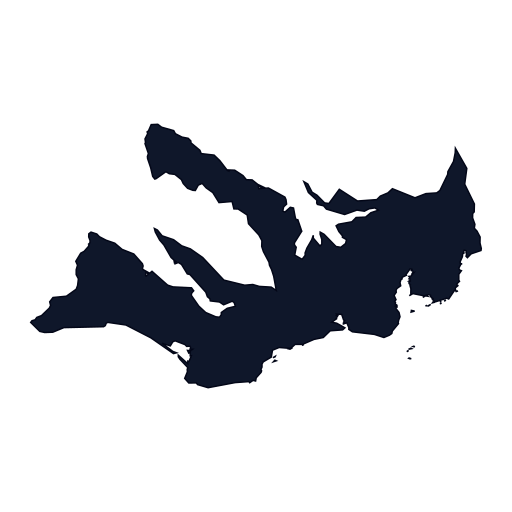 the district of Vesturbyggð, Vestfirðir, Iceland
{"feature_id": "244011B84482513465742", "entity_name": "Vesturbyggð", "entity_type": "district", "adm_level": 2, "iso_a3": "ISL", "parent_name": "Iceland", "parent_adm1": "Vestfirðir", "projection": "orthographic", "projection_center": [-23.535, 65.593], "detail": "fine", "context": "isolated", "style": "filled", "palette": "ink", "viewbox_px": 512, "rotation_deg": 0, "n_neighbors": 0, "source": "geoboundaries", "source_scale": "gbopen_adm2", "svg_char_len": 6105}
<svg xmlns="http://www.w3.org/2000/svg" viewBox="0 0 512 512"><path d="M303.9,181.7L308.4,192.5L316.9,200.3L316.7,203.0L317.4,204.4L323.6,205.8L326.4,209.1L344.6,214.5L356.9,210.1L364.4,211.2L369.0,208.8L374.9,207.9L378.5,210.2L370.9,212.7L365.6,217.1L356.1,217.5L351.9,221.8L338.5,224.2L336.1,225.8L338.9,231.6L342.5,235.9L342.4,237.3L346.5,239.6L345.6,243.5L340.8,247.3L336.0,246.5L324.1,234.3L320.2,232.1L320.1,234.1L321.8,239.5L321.8,244.1L320.0,246.0L313.3,238.1L313.3,235.3L311.7,239.8L306.9,248.1L305.1,252.9L305.2,255.3L302.1,259.3L294.7,255.1L296.2,247.2L294.5,245.0L294.4,242.9L301.8,231.1L301.1,230.6L301.2,229.6L297.8,219.7L296.2,219.7L295.3,217.6L293.5,208.0L290.3,207.3L284.9,212.1L282.7,211.0L283.7,206.8L286.6,204.1L286.0,199.6L284.9,197.1L268.4,188.0L258.7,188.7L258.3,185.8L262.6,188.2L264.5,187.6L257.8,184.4L252.1,179.9L246.4,179.7L243.0,175.6L234.7,170.2L227.5,169.9L229.7,171.5L227.4,170.5L219.8,160.6L214.1,155.1L201.2,153.6L199.9,150.3L191.0,142.9L190.8,140.9L188.2,138.3L182.0,137.1L175.4,133.7L173.7,130.6L161.6,127.2L157.8,124.3L151.2,124.6L148.5,130.8L147.1,131.9L147.7,133.6L145.0,138.9L145.5,142.5L145.0,143.6L148.4,153.5L147.4,156.5L147.6,158.6L150.7,167.8L152.7,176.4L154.8,179.1L156.2,178.6L165.9,171.7L169.3,173.7L174.9,174.4L181.4,179.6L183.2,183.5L187.6,188.3L192.8,190.3L195.3,190.5L198.3,185.1L202.2,183.4L206.2,187.9L212.8,192.6L219.0,202.6L232.1,201.5L233.9,208.9L238.1,209.0L247.2,215.0L248.5,223.7L258.8,234.9L261.9,240.7L261.7,246.4L263.4,251.6L269.0,262.2L269.5,265.3L271.5,269.4L273.7,276.3L276.3,290.5L271.2,287.1L259.3,286.4L252.8,284.5L244.7,285.2L223.9,280.1L202.7,257.5L190.4,248.9L181.7,245.8L173.6,239.7L162.1,235.8L157.4,230.0L154.4,228.5L155.3,232.0L159.6,240.0L163.9,245.0L171.1,257.5L173.9,260.0L174.6,263.6L174.7,260.7L176.0,261.5L175.0,262.4L175.1,263.8L178.3,262.5L181.5,264.4L187.3,273.9L189.9,274.5L205.8,292.2L207.4,296.7L209.9,298.8L210.3,300.9L219.5,302.0L223.6,304.8L232.2,301.2L234.1,302.5L235.4,306.3L227.2,308.3L221.3,312.5L221.3,314.7L219.5,317.2L215.8,316.8L205.7,312.5L198.8,306.1L191.6,295.8L191.3,294.8L191.8,292.9L193.7,290.8L191.5,287.8L173.0,286.9L167.6,285.1L152.0,271.3L146.1,276.1L145.6,275.4L145.8,272.4L147.9,273.6L148.9,272.8L142.8,269.4L142.5,268.2L143.1,266.0L142.4,263.7L133.8,254.0L122.1,249.4L114.8,243.2L106.1,240.2L99.4,236.7L96.8,234.0L91.0,232.1L88.8,233.8L88.7,236.9L90.1,240.7L89.9,242.9L88.6,244.1L89.1,244.7L88.4,246.5L84.2,251.3L80.7,253.2L75.8,261.3L77.5,265.2L76.2,269.7L76.2,274.6L78.4,278.8L77.6,285.5L76.2,289.2L66.4,296.2L53.0,297.5L49.7,301.8L50.6,305.5L49.3,308.1L41.5,315.6L36.8,317.4L35.1,319.8L32.0,320.7L30.7,322.4L39.8,331.4L44.7,332.5L52.8,332.2L63.9,327.6L103.6,326.7L105.3,325.6L106.3,323.0L108.0,322.4L125.9,325.0L150.8,337.8L173.5,353.6L176.5,352.8L172.8,351.4L162.0,343.2L170.3,345.9L172.8,341.8L175.1,340.8L185.0,344.6L186.7,346.4L190.0,346.2L190.6,347.3L190.1,349.1L192.7,349.2L190.8,350.7L187.5,350.4L188.8,353.1L190.2,352.3L190.2,355.8L191.4,355.7L189.0,361.4L187.8,361.1L187.8,363.7L178.3,355.2L178.3,356.8L179.9,359.2L187.8,367.6L187.2,369.4L187.4,371.8L184.7,378.4L188.8,383.0L196.3,382.9L197.6,384.6L208.1,387.7L235.1,382.6L248.9,381.6L249.7,382.7L253.0,380.4L255.6,381.0L256.2,377.8L261.1,372.3L261.6,370.8L260.9,369.5L262.0,367.1L262.0,364.1L263.2,361.9L271.3,357.1L272.5,350.2L279.1,347.5L290.7,348.4L295.1,344.4L302.4,344.4L314.0,339.4L323.3,337.5L330.2,330.8L342.6,329.9L344.9,327.8L336.7,323.2L331.7,322.2L336.5,318.8L336.1,318.4L337.8,315.7L336.6,315.5L337.3,314.9L336.6,314.1L341.7,314.4L343.6,320.0L344.7,320.5L343.6,322.2L344.9,322.9L342.7,324.2L346.8,322.8L348.9,327.7L348.8,329.4L352.4,331.8L374.4,334.4L383.9,337.5L389.4,335.2L391.8,333.5L392.3,331.1L398.5,323.6L398.1,322.9L398.7,320.0L400.0,316.8L399.0,312.4L395.9,308.5L396.3,307.0L397.7,307.1L395.4,306.1L396.9,305.2L395.2,303.9L395.5,302.4L394.6,301.3L396.0,299.7L394.1,295.4L396.3,292.2L396.0,290.7L396.8,288.6L400.7,285.8L400.0,282.6L401.0,279.5L402.1,278.9L402.0,277.4L406.3,275.3L405.9,274.7L410.1,268.8L411.9,269.3L410.9,271.0L412.1,270.2L413.2,271.9L412.4,273.2L413.8,272.7L411.0,276.1L408.9,276.4L409.9,277.4L409.0,278.8L410.0,279.0L410.0,280.4L408.9,281.1L410.0,281.3L409.0,282.4L409.1,283.6L410.4,284.8L410.0,285.5L410.9,288.8L410.8,293.4L411.4,294.0L409.3,295.7L412.9,293.6L424.0,295.8L428.7,294.6L430.6,295.3L430.5,296.5L432.6,298.4L431.7,299.2L433.0,298.8L433.0,300.0L435.5,301.8L446.7,298.2L448.7,299.0L454.2,290.8L455.9,290.5L455.2,289.1L455.5,287.7L458.4,285.3L456.9,285.8L457.3,285.1L456.7,284.0L459.5,281.3L458.8,280.2L458.8,274.3L461.4,270.7L459.6,270.0L458.8,268.2L460.9,264.2L462.1,263.8L460.3,263.5L460.1,261.9L462.4,256.7L462.7,253.8L463.8,253.1L463.2,253.0L464.2,250.2L466.1,250.7L466.5,254.7L466.0,256.2L467.4,257.7L471.2,253.8L481.0,250.5L481.3,248.5L480.0,243.0L480.1,237.0L477.0,231.1L474.3,228.2L474.9,224.3L472.6,217.9L472.7,213.5L474.2,211.9L474.4,204.0L464.7,184.2L466.8,168.4L455.4,148.3L455.2,152.8L453.5,161.5L447.9,171.6L447.7,174.4L439.9,190.5L436.7,192.9L425.9,193.6L415.0,197.8L392.4,188.7L387.9,192.9L380.3,196.1L376.8,199.6L357.5,201.0L339.3,189.3L328.9,203.5L324.6,202.9L317.0,195.2L312.1,192.2L307.8,184.0L303.9,181.7ZM414.6,311.1L411.4,310.4L411.1,312.1L414.6,311.1ZM273.5,361.7L276.2,360.8L274.8,360.2L273.5,361.7ZM428.6,305.9L430.7,304.4L427.4,306.2L428.6,305.9ZM434.9,302.2L433.1,301.9L432.5,302.8L434.9,302.2ZM411.0,348.2L408.5,349.3L411.7,348.6L411.0,348.2ZM406.8,351.6L407.9,351.2L408.4,350.4L406.8,351.6ZM290.0,349.2L292.5,347.7L289.2,349.0L290.0,349.2ZM272.9,357.7L275.1,356.8L275.3,356.3L272.9,357.7ZM411.2,358.7L409.1,358.0L408.7,358.3L409.9,358.8L411.2,358.7ZM427.6,296.2L426.7,295.5L426.3,296.0L427.6,296.2ZM301.9,345.4L303.4,344.8L303.7,344.5L301.9,345.4ZM414.7,347.0L413.9,346.2L413.1,346.5L414.7,347.0ZM422.8,297.4L425.1,296.1L425.4,295.7L422.8,297.4ZM444.0,301.1L445.3,300.6L445.8,300.1L444.0,301.1ZM455.5,291.8L457.5,291.1L457.8,290.8L455.5,291.8ZM426.4,305.8L426.9,305.2L425.5,306.0L426.4,305.8ZM439.9,303.7L440.7,303.6L441.5,303.1L439.9,303.7ZM439.8,301.9L440.9,301.6L441.4,301.4L439.8,301.9Z" fill="#0f172a" stroke="#020617" stroke-width="1.5"/></svg>